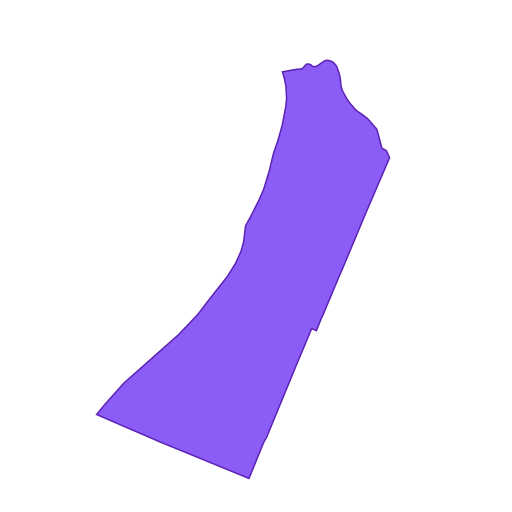 the district of Cameron, Louisiana, United States of America, rotated 113°
{"feature_id": "52423323B69509517878544", "entity_name": "Cameron", "entity_type": "district", "adm_level": 2, "iso_a3": "USA", "parent_name": "United States of America", "parent_adm1": "Louisiana", "projection": "albers", "projection_center": [-93.515, 29.819], "detail": "fine", "context": "isolated", "style": "filled", "palette": "violet", "viewbox_px": 512, "rotation_deg": 113, "n_neighbors": 0, "source": "geoboundaries", "source_scale": "gbopen_adm2", "svg_char_len": 1037}
<svg xmlns="http://www.w3.org/2000/svg" viewBox="0 0 512 512"><g transform="rotate(113 256 256)"><path d="M424.6,176.1L418.9,175.4L342.9,176.2L301.1,176.4L301.1,171.2L288.5,171.5L285.1,171.3L242.8,171.5L233.6,171.4L173.8,171.7L113.6,171.4L113.0,171.8L108.3,176.9L107.8,178.6L107.6,181.8L107.1,182.6L92.6,193.9L91.8,194.9L85.9,207.1L84.1,214.2L83.1,219.5L82.4,221.6L78.7,229.1L76.2,233.3L71.1,239.8L70.9,240.1L68.2,242.7L65.3,244.7L59.6,247.8L56.4,250.0L51.4,254.4L49.4,256.6L47.7,260.0L47.3,262.4L47.4,264.6L48.1,267.3L49.4,269.0L57.0,273.9L58.5,275.5L59.4,277.6L58.4,280.7L59.1,283.8L60.0,284.7L64.7,286.3L66.0,287.2L68.1,291.3L76.1,303.6L82.2,298.7L88.4,294.6L99.0,289.4L106.7,287.0L125.2,283.0L140.5,281.0L154.7,280.0L171.3,277.2L191.4,275.0L202.9,275.1L221.4,276.3L232.3,277.4L248.4,272.8L257.3,271.7L270.2,271.9L286.1,274.4L314.3,282.1L332.4,286.7L344.5,291.2L359.0,296.7L380.5,307.0L410.3,321.1L424.7,328.0L452.2,337.3L464.2,340.8L464.7,272.1L463.5,175.5L424.6,176.1Z" fill="#8b5cf6" stroke="#5b21b6" stroke-width="1.5"/></g></svg>